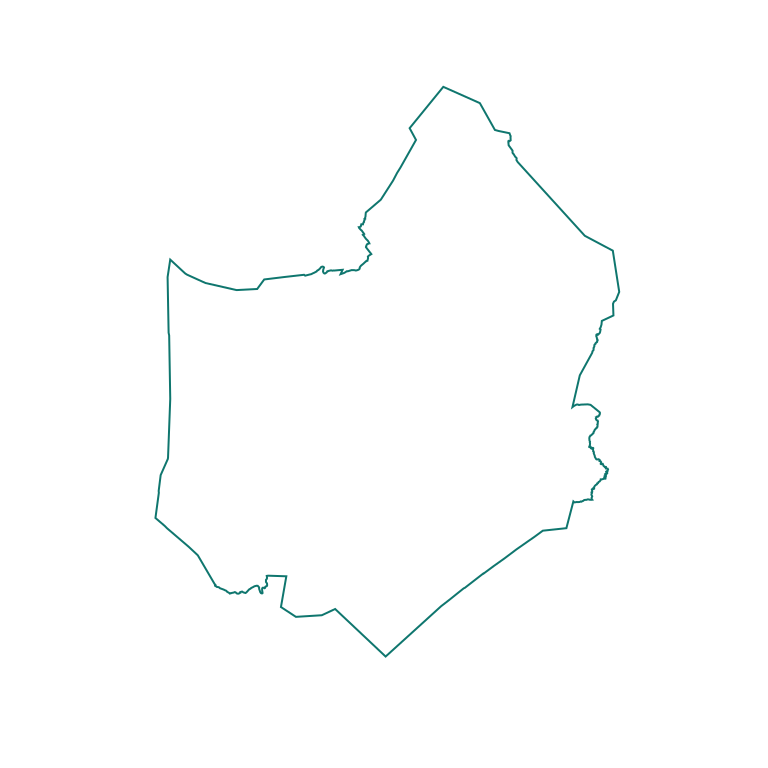 outline of Oppdal nor, Sør-Trøndelag, Norway, rotated 68°
{"feature_id": "86288312B17793327792400", "entity_name": "Oppdal nor", "entity_type": "district", "adm_level": 2, "iso_a3": "NOR", "parent_name": "Norway", "parent_adm1": "Sør-Trøndelag", "projection": "orthographic", "projection_center": [9.674, 62.536], "detail": "fine", "context": "isolated", "style": "outline", "palette": "teal", "viewbox_px": 768, "rotation_deg": 68, "n_neighbors": 0, "source": "geoboundaries", "source_scale": "gbopen_adm2", "svg_char_len": 6081}
<svg xmlns="http://www.w3.org/2000/svg" viewBox="0 0 768 768"><g transform="rotate(68 384 384)"><path d="M637.3,484.6L611.4,414.2L608.7,404.6L603.3,386.6L603.3,385.5L596.9,362.9L597.1,362.8L593.9,350.5L590.7,337.1L587.0,323.3L583.7,309.0L582.1,301.9L579.5,291.7L586.0,268.9L563.8,252.4L565.1,251.8L565.5,250.2L565.6,249.5L566.0,248.8L566.7,246.8L566.6,245.6L567.1,245.0L566.9,243.8L567.0,243.3L566.6,241.9L566.8,240.8L567.2,239.9L567.3,238.3L567.8,237.3L568.6,236.3L568.8,235.4L569.2,234.8L569.3,234.3L568.7,234.5L567.4,234.2L566.1,233.0L564.5,233.2L563.8,232.9L562.9,231.9L562.1,232.1L561.8,231.3L561.5,231.1L559.6,230.8L559.5,230.6L559.7,230.1L559.8,229.6L559.8,228.4L559.4,228.2L558.8,228.7L558.3,227.7L557.8,227.2L557.4,226.6L556.9,225.3L556.8,224.2L556.0,223.6L556.0,223.2L556.1,222.8L556.0,222.6L555.2,221.7L555.1,220.5L554.3,219.2L553.6,218.8L553.9,218.1L554.0,217.7L554.2,216.3L554.1,215.6L554.7,214.4L554.7,214.1L554.2,213.9L553.9,214.2L553.5,215.0L553.4,215.0L553.2,214.8L553.4,214.1L553.3,213.7L552.9,213.8L552.6,214.3L552.2,214.1L552.3,213.9L553.0,213.4L553.1,213.1L552.9,212.9L552.5,212.8L552.0,213.3L551.8,213.2L551.5,212.2L551.2,212.0L550.8,212.7L550.4,212.8L550.3,212.5L550.4,212.0L550.8,211.4L550.3,210.4L549.9,210.3L549.4,210.9L549.2,211.0L548.5,210.9L548.4,210.5L548.5,210.3L549.0,210.3L549.0,210.0L548.6,209.4L547.8,209.2L547.5,208.5L547.3,208.3L546.3,208.3L545.5,209.5L545.4,209.8L544.0,209.3L543.9,209.4L543.9,209.7L544.3,210.0L544.2,210.2L543.5,210.5L542.8,210.7L542.2,211.1L540.1,211.1L540.0,212.0L539.6,212.8L539.3,213.0L538.8,212.8L538.5,212.2L538.0,211.9L536.7,212.2L536.4,212.8L536.0,213.1L535.3,212.5L534.9,212.6L534.1,213.3L533.8,214.7L533.5,215.2L533.2,215.4L530.6,215.8L529.4,215.5L526.9,215.5L525.8,214.9L524.8,215.3L524.1,214.9L522.9,214.8L521.9,214.0L521.6,214.1L521.4,214.5L521.8,215.2L521.9,215.5L521.7,215.8L521.1,216.2L520.3,216.0L519.4,217.3L519.1,217.2L519.1,216.7L519.4,216.4L519.5,216.0L518.0,216.3L517.3,215.7L516.0,215.1L515.3,215.1L514.7,214.6L513.5,214.7L511.3,214.0L510.2,213.4L509.7,212.6L509.1,211.9L509.2,211.0L508.6,209.9L508.5,209.3L508.1,208.8L508.1,208.3L507.9,208.1L507.1,207.7L506.9,207.5L506.8,207.1L506.3,206.7L505.9,206.1L505.4,205.8L505.1,205.2L505.0,204.7L504.7,204.3L504.5,203.5L504.3,203.4L504.3,203.0L503.6,202.4L503.6,202.1L501.7,201.2L501.3,201.3L501.1,200.8L499.5,200.1L499.1,199.7L497.9,199.6L497.3,200.4L497.0,200.4L496.6,200.6L495.4,200.6L494.5,199.4L494.3,199.5L494.3,199.0L494.1,198.9L494.2,198.6L494.1,198.4L494.4,198.0L494.3,197.9L494.1,197.4L494.1,197.2L494.0,196.7L493.9,196.2L493.1,195.8L492.8,195.2L492.2,195.0L491.8,194.6L491.0,194.6L480.7,200.3L479.2,202.7L476.9,209.1L476.5,211.1L475.6,212.0L475.2,213.2L475.5,216.1L476.0,217.9L449.3,199.2L433.0,179.2L431.8,178.5L431.1,177.1L429.6,176.3L429.2,176.3L428.0,174.9L426.7,174.4L426.6,174.1L426.2,173.7L426.1,173.3L426.0,173.2L425.9,172.7L425.4,172.5L425.0,171.5L425.0,170.9L424.7,170.5L424.1,170.4L423.7,169.9L423.6,169.6L422.8,169.4L422.5,169.7L422.0,169.5L421.4,169.5L420.6,169.3L419.3,169.3L418.9,169.2L418.2,168.6L417.9,168.6L417.7,168.3L417.9,167.8L417.8,167.2L418.0,167.0L418.4,167.0L418.3,166.7L417.6,165.0L416.8,164.2L414.6,162.8L413.7,163.3L412.6,161.9L410.4,160.1L407.1,158.4L406.4,145.6L395.4,141.6L393.8,140.0L393.5,138.9L393.3,137.7L386.7,131.4L346.1,121.9L321.8,142.3L228.3,176.9L225.9,177.3L224.5,176.5L223.9,176.5L222.5,177.2L219.4,177.7L218.9,177.8L218.6,178.1L217.7,178.2L215.8,177.4L209.4,179.0L206.3,178.1L205.4,177.7L205.3,177.1L205.9,176.6L205.5,175.3L202.5,174.2L201.6,173.7L200.8,173.8L198.5,173.7L192.3,183.0L190.0,186.0L159.5,189.9L130.7,217.7L156.4,264.4L169.7,262.9L189.5,287.7L193.2,292.8L198.8,299.4L211.9,317.9L218.1,336.4L218.5,336.8L221.9,338.5L222.7,339.2L223.7,339.5L223.6,340.3L224.1,340.5L224.6,340.5L225.6,341.6L226.3,341.8L226.5,342.5L228.1,343.7L227.4,345.2L229.2,346.5L229.2,347.0L229.5,347.7L229.2,348.6L230.1,348.6L232.5,347.7L233.3,347.2L237.5,346.2L237.8,347.7L239.3,347.1L240.6,346.9L242.8,346.3L245.1,345.3L247.4,344.9L248.1,344.9L248.0,345.2L248.1,346.5L248.0,346.9L248.2,347.6L249.4,348.8L250.2,349.1L250.2,349.4L250.4,349.5L258.8,347.1L259.3,349.9L259.8,351.2L261.3,351.6L263.5,353.2L263.3,353.6L263.3,354.0L263.5,354.3L263.4,354.5L263.5,355.0L263.9,355.7L264.0,356.2L264.7,357.9L265.7,361.1L266.8,362.8L268.0,363.4L268.4,364.2L268.5,365.3L268.4,366.8L268.2,367.7L267.6,368.4L267.0,369.6L266.8,370.2L266.3,371.2L266.1,373.2L266.0,374.9L265.8,375.3L265.8,375.9L265.5,376.4L265.9,377.9L266.1,379.6L265.9,383.1L262.6,379.6L260.2,387.5L259.8,388.4L259.6,389.4L258.8,390.5L258.6,391.7L258.4,392.8L258.5,393.5L258.2,394.2L259.0,395.3L259.4,396.9L259.4,397.5L259.0,398.0L258.1,398.4L256.9,398.4L255.2,397.5L253.5,396.0L252.9,396.1L252.2,396.8L252.0,397.6L252.0,398.4L253.0,400.2L253.8,402.3L253.7,403.0L254.1,404.0L254.4,404.3L254.7,407.1L254.7,408.0L254.9,410.5L254.8,410.8L254.0,416.5L252.8,417.2L247.7,435.5L242.2,455.9L248.4,466.0L241.7,485.5L223.5,511.7L208.9,525.6L207.1,526.9L188.6,535.6L203.8,544.6L255.8,564.5L258.5,565.0L317.8,587.8L371.3,611.8L372.5,612.5L384.8,625.2L398.8,633.0L400.5,633.5L422.6,646.1L433.6,640.4L436.5,639.2L461.9,626.0L473.1,620.8L505.9,616.0L507.0,615.6L507.3,616.1L507.7,616.2L508.1,616.1L508.7,615.3L509.3,615.2L509.6,614.9L510.2,613.8L510.8,613.1L511.9,612.6L514.7,609.5L515.4,609.0L516.2,608.1L516.8,607.6L517.7,607.4L519.9,605.7L520.6,605.4L520.5,604.3L520.7,604.1L520.7,603.4L521.1,601.4L521.0,600.5L521.5,599.7L523.1,598.9L523.8,597.8L523.9,596.6L523.6,595.9L523.7,595.4L523.1,595.2L523.2,594.0L523.3,593.3L524.5,592.5L525.9,590.7L525.7,589.7L523.9,585.9L523.8,585.1L523.8,584.5L523.4,583.6L523.2,581.0L523.0,580.0L523.3,577.8L523.8,576.7L525.8,576.0L527.1,576.5L530.6,576.7L531.8,576.4L532.5,575.6L532.3,574.9L529.4,574.2L527.8,573.5L527.5,572.5L528.1,571.6L528.6,571.3L528.6,571.0L528.5,570.7L528.2,570.4L527.8,570.4L527.4,569.6L527.5,568.4L526.8,567.7L525.1,567.2L523.3,567.6L521.4,566.8L520.9,565.8L520.1,565.1L518.0,564.6L518.3,563.3L525.7,546.6L552.2,563.1L566.9,552.9L575.1,528.3L574.3,513.6L637.3,484.6Z" fill="none" stroke="#0f766e" stroke-width="2"/></g></svg>